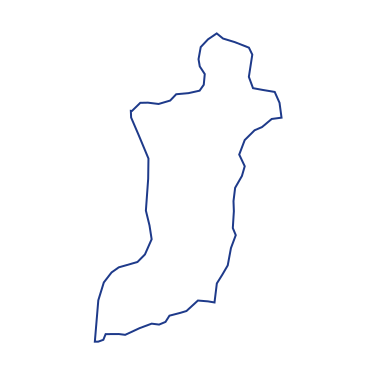 the district of Aneby, Jönköping, Sweden, rotated 97°
{"feature_id": "70781695B68897114765136", "entity_name": "Aneby", "entity_type": "district", "adm_level": 2, "iso_a3": "SWE", "parent_name": "Sweden", "parent_adm1": "Jönköping", "projection": "equal_earth", "projection_center": [14.809, 57.898], "detail": "fine", "context": "isolated", "style": "outline", "palette": "blue", "viewbox_px": 384, "rotation_deg": 97, "n_neighbors": 0, "source": "geoboundaries", "source_scale": "gbopen_adm2", "svg_char_len": 1045}
<svg xmlns="http://www.w3.org/2000/svg" viewBox="0 0 384 384"><g transform="rotate(97 192 192)"><path d="M107.3,112.2L92.8,116.0L82.6,122.1L82.1,133.8L81.5,144.1L70.8,149.6L61.1,149.3L48.3,148.9L41.8,153.1L38.0,167.9L35.9,179.9L31.6,186.8L38.5,194.7L47.1,201.0L59.4,201.7L66.4,199.6L73.4,193.7L84.1,193.4L90.5,196.8L94.3,207.5L96.9,219.6L103.9,224.8L108.7,235.9L108.7,246.6L109.8,254.2L118.9,261.5L118.9,262.6L125.5,261.5L142.3,251.7L164.1,239.3L184.3,237.1L216.1,235.5L230.4,230.1L243.8,226.3L259.7,231.1L268.1,237.6L272.3,247.4L275.7,255.5L281.6,262.0L283.9,263.4L292.5,268.5L310.9,271.8L352.4,270.2L352.0,266.9L349.5,262.0L343.6,260.4L341.9,247.4L341.9,240.9L333.5,227.4L327.6,216.0L327.6,208.5L324.2,202.5L317.5,199.3L313.4,188.9L310.8,183.0L299.0,172.9L298.6,162.7L298.9,156.2L279.7,156.2L270.5,151.9L260.5,147.6L242.9,146.5L229.5,143.3L222.8,147.1L206.0,148.1L196.0,149.7L182.6,149.7L170.0,144.4L160.0,142.8L149.1,149.7L134.0,146.0L123.1,137.4L119.0,130.4L109.8,121.8L107.3,112.2Z" fill="none" stroke="#1e3a8a" stroke-width="2"/></g></svg>